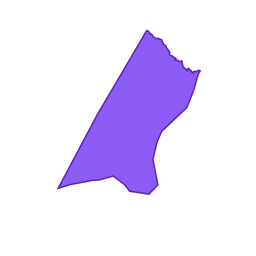 outline of Buram, Southern Darfur, Sudan, rotated 232°
{"feature_id": "16777658B28433170293690", "entity_name": "Buram", "entity_type": "district", "adm_level": 2, "iso_a3": "SDN", "parent_name": "Sudan", "parent_adm1": "Southern Darfur", "projection": "orthographic", "projection_center": [25.179, 10.759], "detail": "fine", "context": "isolated", "style": "filled", "palette": "violet", "viewbox_px": 256, "rotation_deg": 232, "n_neighbors": 0, "source": "geoboundaries", "source_scale": "gbopen_adm2", "svg_char_len": 1442}
<svg xmlns="http://www.w3.org/2000/svg" viewBox="0 0 256 256"><g transform="rotate(232 128 128)"><path d="M128.7,220.1L129.6,219.4L130.3,218.5L130.3,216.7L130.5,216.1L131.4,215.6L132.0,214.6L131.4,213.6L131.4,213.2L131.8,212.7L132.9,212.8L133.6,213.1L135.8,212.6L136.9,212.7L137.8,212.5L137.7,211.8L136.7,210.8L136.4,210.0L137.1,209.7L137.9,210.1L138.9,209.8L140.4,209.4L141.5,209.3L142.7,209.2L145.0,210.4L146.4,210.9L147.3,211.6L147.9,211.6L148.0,211.0L148.2,210.2L148.6,209.6L151.2,208.6L151.7,207.6L152.3,207.1L153.2,207.3L153.2,208.6L154.1,208.4L154.9,207.9L155.8,207.6L156.8,207.4L157.5,207.3L158.4,206.6L159.7,205.9L160.7,205.9L161.3,206.7L161.6,207.4L164.6,207.7L167.5,207.8L168.7,208.1L169.8,208.4L170.9,207.9L172.1,207.4L172.8,207.6L173.8,208.0L174.7,207.9L175.2,208.1L175.9,208.6L176.7,208.8L177.6,208.5L178.2,208.1L178.5,207.5L179.0,207.0L179.7,207.3L180.1,207.0L180.3,206.1L180.9,205.4L184.2,204.0L185.6,204.3L187.6,204.1L189.1,203.5L189.9,203.3L190.9,203.8L191.5,203.8L192.3,203.0L192.6,202.7L193.0,202.9L193.0,202.6L192.7,201.3L187.7,188.8L183.1,177.0L181.1,172.2L163.1,126.4L157.5,112.2L152.5,101.0L131.8,54.6L129.8,50.1L123.5,35.9L118.9,47.8L116.3,52.8L108.9,67.3L104.8,73.4L99.2,86.8L86.2,90.3L85.5,90.4L84.1,90.5L77.2,90.3L75.6,91.8L71.1,96.1L63.0,103.7L64.8,116.5L88.1,128.4L99.3,142.6L104.6,152.4L106.2,168.8L107.9,186.9L117.2,202.9L126.9,216.0L128.7,220.1Z" fill="#8b5cf6" stroke="#5b21b6" stroke-width="1.5"/></g></svg>